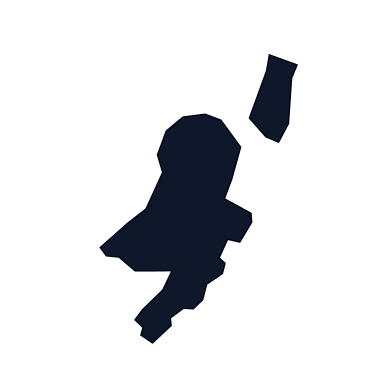 St. John, United States Virgin Islands, United States of America, rotated 110°
{"feature_id": "52423323B18524543454126", "entity_name": "St. John", "entity_type": "district", "adm_level": 2, "iso_a3": "USA", "parent_name": "United States of America", "parent_adm1": "United States Virgin Islands", "projection": "albers", "projection_center": [-64.742, 18.336], "detail": "fine", "context": "isolated", "style": "filled", "palette": "ink", "viewbox_px": 384, "rotation_deg": 110, "n_neighbors": 0, "source": "geoboundaries", "source_scale": "gbopen_adm2", "svg_char_len": 718}
<svg xmlns="http://www.w3.org/2000/svg" viewBox="0 0 384 384"><g transform="rotate(110 192 192)"><path d="M114.6,189.5L114.5,206.3L124.7,226.1L143.4,237.0L168.9,237.1L183.7,226.2L223.7,229.4L243.3,241.7L275.6,259.2L281.2,250.5L278.1,238.4L285.5,218.6L279.2,201.3L272.7,183.8L294.1,185.9L319.8,198.3L331.6,201.8L336.1,191.6L343.9,191.1L347.3,177.5L324.6,166.0L317.8,169.3L304.1,160.3L301.3,150.9L289.7,145.2L273.7,146.7L258.2,135.6L247.7,136.6L244.8,144.0L224.2,142.4L222.7,130.0L200.0,125.6L191.9,129.3L187.3,159.3L166.3,159.1L133.2,161.7L114.6,189.5ZM36.7,166.2L52.5,163.3L102.9,163.3L114.8,141.5L115.5,127.7L94.7,124.8L51.0,137.4L36.7,136.8L36.7,166.2Z" fill="#0f172a" stroke="#020617" stroke-width="1.5"/></g></svg>